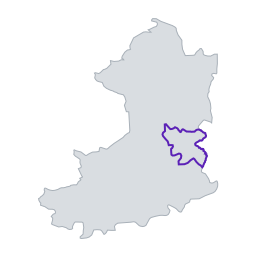 Dinguiraye on a map of Guinea (Natural Earth projection), rotated 87°
{"feature_id": "GIN-5634", "entity_name": "Dinguiraye", "entity_type": "Prefecture", "adm_level": 1, "iso_a3": "GIN", "parent_name": "Guinea", "parent_adm1": "", "projection": "natural_earth1", "projection_center": [-10.675, 11.582], "detail": "fine", "context": "in_parent", "style": "outline", "palette": "violet", "viewbox_px": 256, "rotation_deg": 87, "n_neighbors": 0, "source": "natural_earth", "source_scale": "10m", "svg_char_len": 5441}
<svg xmlns="http://www.w3.org/2000/svg" viewBox="0 0 256 256"><g transform="rotate(87 128 128)"><path d="M159.6,177.8L157.4,177.4L156.4,177.9L153.4,182.0L151.6,183.5L148.8,183.0L147.8,183.3L147.0,182.9L148.1,180.7L149.5,176.2L153.2,171.8L153.2,170.9L151.7,168.3L150.2,164.7L150.2,161.0L149.9,158.2L146.6,157.4L146.0,157.0L145.9,156.1L147.8,151.3L147.9,150.4L147.7,149.5L145.7,147.1L142.6,142.6L137.2,133.4L135.2,131.5L133.3,128.7L132.6,126.9L130.6,126.3L111.9,126.4L111.6,128.8L105.2,130.4L101.2,128.5L96.8,129.6L94.6,130.9L93.0,136.2L92.0,137.4L91.1,139.8L90.2,141.1L89.3,143.7L87.2,147.5L85.0,149.9L81.2,151.3L80.0,155.2L79.2,156.7L77.7,157.9L76.2,158.6L73.1,157.8L71.4,158.6L71.1,157.6L72.1,154.4L71.3,152.8L68.4,149.5L68.1,147.9L67.2,145.9L63.4,141.7L59.8,142.0L60.8,138.5L60.7,133.8L59.5,131.2L59.8,128.6L59.2,128.8L58.0,130.6L56.0,130.0L52.1,127.2L50.1,124.5L49.9,122.2L49.5,121.3L48.2,121.8L45.8,121.8L38.3,117.7L33.0,107.4L32.9,105.1L33.6,101.1L33.5,100.0L31.0,102.7L30.5,100.9L28.7,96.8L28.1,94.4L26.4,93.3L24.9,93.2L23.8,93.9L22.3,98.8L21.2,98.7L20.1,97.7L20.3,94.1L23.2,89.6L28.1,78.2L29.8,75.6L30.9,74.7L33.2,74.6L37.7,73.1L43.2,69.6L47.3,69.8L52.3,69.4L58.7,67.0L58.8,59.3L58.6,57.6L56.3,56.1L55.0,54.8L53.9,53.1L52.5,51.9L52.5,50.6L55.4,49.0L58.0,49.0L58.9,48.4L59.5,47.3L60.3,44.6L60.5,41.7L58.8,37.8L58.9,35.0L68.4,35.4L73.6,36.2L77.8,36.4L78.5,37.0L77.9,39.7L78.4,41.3L79.9,41.7L82.2,39.8L83.5,40.2L86.1,42.6L88.6,43.2L91.3,44.5L93.8,45.2L96.1,45.1L97.8,46.4L100.9,46.8L105.0,45.1L108.2,44.4L112.7,44.2L115.0,44.8L121.9,43.4L127.3,44.2L126.4,45.1L124.0,51.2L124.2,52.3L129.7,57.5L131.0,57.8L132.5,57.1L134.9,54.7L136.7,52.2L138.5,50.9L140.6,51.0L142.3,52.8L146.1,60.5L147.1,61.4L148.1,61.4L149.8,60.0L150.6,58.3L154.2,53.2L159.8,50.7L173.1,56.5L175.0,57.0L176.2,56.5L177.8,53.1L182.8,50.2L185.2,49.4L186.6,49.3L187.1,48.3L187.4,46.9L187.1,45.5L185.6,42.9L185.5,42.1L186.4,41.6L188.3,41.3L190.8,41.5L193.5,42.6L195.8,44.3L197.1,46.2L199.6,54.3L202.4,60.6L202.3,69.1L203.5,70.0L204.9,70.3L205.5,71.0L206.9,74.5L208.2,75.5L209.7,75.8L212.6,78.0L214.4,78.9L214.7,79.6L214.6,80.5L213.9,81.7L211.2,84.0L209.8,86.0L207.0,90.9L206.9,91.7L207.5,92.4L208.7,92.5L209.9,92.2L212.5,90.4L214.6,91.1L216.5,92.4L217.2,93.8L217.4,95.6L217.0,98.0L216.9,100.6L217.6,105.1L218.6,109.6L219.7,111.2L226.2,115.2L226.9,116.7L227.2,118.3L226.7,120.6L226.1,121.9L222.5,125.4L221.9,127.1L222.2,130.2L222.5,143.3L223.9,145.6L225.6,146.7L229.5,146.1L229.4,149.7L228.9,153.8L231.2,155.1L232.4,156.3L233.0,157.5L229.4,159.6L228.3,160.9L227.9,164.3L228.0,167.5L232.9,169.8L234.8,172.4L235.6,175.1L235.9,180.3L235.5,181.5L234.2,181.5L231.7,178.4L227.9,178.0L225.1,177.4L220.4,177.8L219.6,178.8L219.1,185.7L220.2,186.8L222.5,188.1L223.9,188.7L225.2,188.5L226.1,189.4L226.3,191.6L225.7,193.3L224.4,194.8L222.9,198.8L223.2,202.4L220.6,208.3L219.8,209.4L216.3,208.2L214.0,207.9L212.3,209.3L210.1,207.1L209.6,205.3L208.8,204.9L207.3,204.9L205.8,205.9L205.2,207.7L204.9,211.5L202.3,215.0L200.5,219.4L198.4,219.0L198.0,219.5L195.8,220.7L193.8,221.0L193.3,219.8L192.2,218.9L191.0,217.0L189.6,215.5L186.9,214.4L185.8,214.9L184.5,214.8L183.7,214.2L183.8,213.3L185.2,211.0L186.0,208.9L186.5,206.6L186.4,204.4L185.7,201.3L184.5,198.8L184.2,197.4L184.3,195.4L184.0,193.5L183.6,192.5L183.1,189.0L182.3,188.3L181.9,185.4L182.1,182.5L181.0,181.4L179.4,180.6L178.4,179.4L177.8,178.2L177.2,177.8L176.7,177.9L176.2,178.7L175.7,178.8L174.7,176.1L174.3,176.0L173.6,176.6L166.0,179.7L165.1,177.1L163.6,176.6L161.1,177.6L159.6,177.8Z" fill="#d9dde1" stroke="#a8b0b8" stroke-width="1"/><path d="M140.0,50.5L140.7,50.7L141.3,51.2L142.4,53.3L143.1,53.8L143.8,54.2L144.3,54.7L144.5,55.7L144.4,56.0L144.2,56.6L144.1,56.8L144.2,57.2L145.0,58.1L146.2,60.7L147.1,61.7L148.3,61.7L148.7,61.4L149.0,61.1L149.3,60.5L149.6,59.9L149.7,59.4L149.9,59.1L150.4,58.7L151.1,58.3L151.5,58.1L151.3,57.4L151.6,57.0L152.2,56.7L152.8,56.2L152.8,55.9L152.7,55.6L152.7,55.2L153.0,55.1L152.9,54.3L152.9,54.0L153.4,53.7L154.8,53.9L155.1,53.4L155.3,53.1L156.3,52.1L156.7,51.8L156.9,52.0L157.1,52.1L157.5,52.3L157.5,51.8L157.7,51.7L157.9,51.7L158.2,51.5L158.3,51.2L158.6,51.3L158.7,51.5L158.8,51.5L158.9,51.1L160.1,50.6L160.3,50.7L160.4,50.9L160.6,51.1L161.6,51.3L162.6,51.9L163.2,52.0L163.9,52.0L164.1,52.0L164.4,52.2L164.8,52.6L165.0,52.7L165.2,52.8L165.3,52.8L165.8,52.9L166.1,52.9L166.4,53.2L167.0,53.7L167.4,53.9L168.0,54.1L169.0,54.7L169.6,54.8L170.1,55.0L171.1,55.9L169.2,57.3L168.0,59.2L165.4,61.5L162.5,63.3L162.3,63.6L162.0,63.9L161.8,64.3L163.5,67.3L164.5,68.4L166.0,70.2L167.1,73.5L167.0,79.2L163.8,79.3L160.8,76.7L158.5,76.2L156.6,77.0L156.2,78.5L157.8,82.9L157.8,85.0L156.9,86.0L154.5,86.1L151.8,86.1L150.9,85.9L150.4,85.0L148.9,84.1L147.5,84.3L147.3,85.8L147.3,88.2L145.7,88.5L143.5,89.0L141.1,91.0L137.9,93.4L136.2,93.9L134.5,93.2L133.6,92.0L133.0,91.2L126.4,91.1L126.2,89.9L129.5,87.3L131.3,85.8L131.3,84.3L130.7,82.4L129.7,81.0L130.8,78.9L131.3,78.4L131.6,78.2L131.9,78.0L132.9,77.6L133.1,77.4L133.2,77.2L133.6,76.8L134.0,76.5L134.4,76.4L134.6,76.1L134.8,75.6L134.6,75.4L132.9,74.4L132.7,74.2L132.4,73.9L132.3,73.7L132.2,73.5L132.2,73.3L132.3,72.9L134.6,69.7L134.7,68.1L134.8,67.2L134.8,66.0L135.1,65.2L135.1,63.8L135.1,61.7L133.8,60.2L133.3,59.0L133.2,57.3L133.5,57.0L133.8,56.3L134.0,55.3L134.2,55.2L134.4,55.2L134.7,55.1L135.1,54.3L135.2,54.1L136.2,53.3L136.5,52.9L136.9,51.4L137.1,51.1L137.5,51.0L138.2,51.0L139.5,50.5L140.0,50.5Z" fill="none" stroke="#5b21b6" stroke-width="2"/></g></svg>